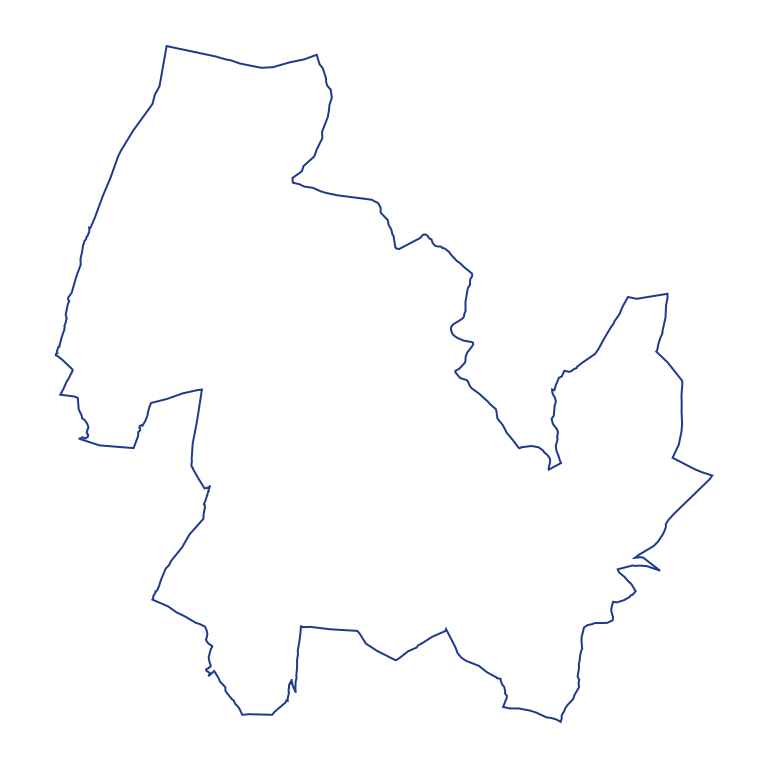 Vennesla nor, Vest-Agder, Norway
{"feature_id": "86288312B87147956600326", "entity_name": "Vennesla nor", "entity_type": "district", "adm_level": 2, "iso_a3": "NOR", "parent_name": "Norway", "parent_adm1": "Vest-Agder", "projection": "orthographic", "projection_center": [7.811, 58.34], "detail": "fine", "context": "isolated", "style": "outline", "palette": "blue", "viewbox_px": 768, "rotation_deg": 0, "n_neighbors": 0, "source": "geoboundaries", "source_scale": "gbopen_adm2", "svg_char_len": 6039}
<svg xmlns="http://www.w3.org/2000/svg" viewBox="0 0 768 768"><path d="M658.1,541.5L662.9,534.3L664.4,531.1L665.9,526.9L665.8,524.2L668.1,520.3L674.1,513.7L709.6,479.3L712.2,475.5L701.9,472.2L694.9,469.3L672.6,457.8L678.8,444.6L681.5,431.5L682.1,423.3L681.6,412.8L681.7,401.2L681.5,397.8L681.7,391.6L682.4,383.9L682.2,380.8L667.6,362.4L656.2,351.5L657.4,349.5L658.3,344.2L660.3,338.0L662.2,334.0L662.7,330.1L665.5,317.5L666.1,304.9L667.6,297.6L667.4,293.8L636.7,298.8L627.9,297.0L622.4,307.1L619.3,314.5L614.5,321.2L613.2,324.3L611.5,326.3L604.3,338.3L598.4,349.2L595.0,354.0L582.3,362.7L577.1,366.7L576.6,368.1L574.0,369.0L571.6,371.0L569.0,371.9L564.4,370.7L561.8,376.4L558.9,377.8L555.9,385.0L554.3,390.2L552.0,389.5L552.6,393.6L554.9,397.6L555.9,401.5L554.7,405.2L553.8,415.7L551.6,418.8L552.9,423.9L556.7,428.9L558.0,431.8L557.6,435.1L556.9,436.9L557.6,438.5L557.0,441.8L555.9,444.8L555.9,447.5L556.7,451.6L558.0,454.3L559.8,460.3L561.1,463.0L548.8,469.6L548.6,468.5L549.8,463.5L550.2,460.7L549.8,458.3L547.2,454.8L544.1,452.2L543.2,450.6L538.6,447.3L531.6,446.0L521.6,447.2L519.6,448.3L518.5,447.6L513.6,441.0L506.9,433.0L502.8,425.2L497.4,418.4L496.4,411.0L495.8,409.1L490.0,404.1L487.9,401.6L479.4,393.9L471.7,388.3L469.8,386.0L468.0,381.7L466.9,380.2L460.1,378.0L455.3,372.2L455.5,370.7L459.1,368.9L464.8,362.8L465.4,361.3L465.7,356.6L467.1,352.7L472.4,345.9L473.2,344.2L473.0,342.8L471.7,342.0L463.8,340.7L457.4,337.9L454.2,335.8L452.8,334.3L451.7,332.1L450.9,329.4L451.2,326.9L453.4,324.2L461.6,319.2L463.2,317.8L464.0,316.3L464.3,313.8L465.5,311.3L465.5,301.5L467.7,289.0L467.9,288.0L470.1,284.6L470.0,281.7L470.4,279.0L472.2,276.1L472.1,273.9L471.4,273.0L464.4,267.4L459.8,262.9L457.1,261.2L450.5,254.1L449.0,251.8L446.6,249.9L444.4,248.3L442.3,248.1L441.8,247.1L440.8,246.6L436.5,246.3L434.9,245.6L432.7,243.0L431.4,239.3L429.5,238.6L427.5,235.7L425.1,234.4L423.0,234.7L420.2,238.0L399.0,249.1L396.2,248.4L395.3,247.1L393.5,235.9L392.4,234.4L391.3,229.5L388.6,224.9L387.8,220.1L380.6,212.6L380.7,208.0L378.3,203.2L371.5,199.7L337.4,195.3L326.3,193.0L320.7,191.3L312.9,187.8L304.3,186.6L299.3,184.2L292.9,182.7L292.5,177.9L301.9,171.3L303.5,166.1L314.2,156.5L316.8,149.4L322.4,138.0L322.0,132.0L327.8,117.0L329.0,110.2L329.4,105.2L331.8,97.9L330.8,89.8L327.2,85.6L326.2,82.3L326.0,78.4L322.9,68.5L319.6,64.3L316.7,54.8L304.4,59.3L289.2,62.5L272.8,67.2L261.2,67.8L239.8,63.5L230.8,60.3L225.6,59.4L215.8,56.5L166.6,46.1L159.5,86.3L154.9,94.6L152.4,104.1L133.3,130.4L121.0,150.5L118.0,156.7L110.3,178.3L103.0,195.5L94.6,218.3L90.4,227.9L89.1,227.6L89.4,230.1L89.0,232.6L88.7,232.8L87.5,236.0L86.7,236.6L86.0,239.4L84.6,240.8L83.0,245.8L82.0,252.3L80.5,259.0L80.7,264.7L76.4,276.3L71.6,293.0L68.3,297.3L68.1,299.7L69.3,301.1L67.9,303.9L65.9,313.6L65.8,315.5L66.7,317.9L65.9,321.9L64.4,326.0L64.7,326.8L64.3,329.7L61.9,336.5L59.4,346.0L59.6,346.5L58.3,347.2L56.9,351.5L57.4,353.1L56.1,353.7L55.8,355.3L57.5,356.0L62.2,359.7L72.6,369.6L72.5,371.1L71.8,371.9L71.6,373.0L70.9,373.8L69.3,377.3L66.4,382.2L63.2,389.4L60.3,394.7L74.2,396.5L77.8,397.9L78.7,409.3L81.6,415.4L82.1,418.2L85.0,420.4L87.3,423.9L88.4,427.2L88.3,428.4L87.4,429.2L87.4,430.4L86.8,431.8L86.9,433.0L87.3,433.2L87.6,434.6L88.2,435.0L87.9,436.7L85.4,438.4L82.3,437.2L81.4,438.2L79.6,438.4L79.6,438.9L99.6,445.4L133.6,448.1L138.2,435.8L138.2,432.2L140.2,430.3L140.0,428.5L139.5,428.2L139.3,427.4L139.9,426.8L139.9,425.9L142.0,425.1L142.5,425.6L145.2,421.1L147.5,415.6L147.7,413.3L149.0,408.3L151.0,403.0L166.8,399.0L182.9,393.3L198.0,390.0L201.9,389.6L197.0,421.3L192.7,443.5L191.7,458.6L191.9,461.8L191.4,464.3L191.6,466.5L192.9,468.0L192.7,468.4L198.0,477.8L204.5,488.4L209.1,487.3L210.0,485.4L209.5,487.8L208.5,488.9L208.8,489.7L208.5,490.3L208.7,491.2L208.4,491.3L205.3,501.1L203.9,504.2L204.8,505.1L204.6,505.5L205.0,507.0L203.6,514.4L203.4,518.8L189.5,534.4L182.2,547.2L171.6,560.3L169.5,563.9L169.4,564.8L165.7,568.6L161.0,579.8L159.2,585.6L157.2,590.3L155.4,591.5L155.5,592.5L153.3,596.1L153.2,598.2L152.4,599.6L168.1,606.4L176.6,612.4L184.9,616.4L196.3,623.1L198.4,623.5L204.9,626.5L206.6,630.3L207.4,634.0L206.5,638.5L205.9,639.6L207.0,641.8L208.5,643.5L212.3,646.2L211.6,648.0L210.9,648.7L208.7,656.9L208.9,659.1L209.6,662.5L210.6,664.9L210.6,666.5L209.7,666.8L208.6,668.3L206.5,668.9L206.1,670.5L210.0,673.1L208.8,675.6L209.1,675.7L214.2,671.0L218.7,678.3L220.0,681.6L225.2,687.0L225.5,690.9L225.8,691.5L232.1,699.5L233.3,700.0L234.3,701.5L235.0,703.6L239.0,707.9L242.3,714.8L249.1,714.2L272.1,714.8L274.9,711.5L285.3,702.7L286.4,700.5L287.7,700.9L287.6,699.2L288.9,692.7L288.5,690.0L289.0,687.7L289.0,685.2L289.8,683.7L290.6,683.6L290.4,682.6L290.9,682.5L290.9,681.8L291.9,679.3L291.7,681.0L292.8,685.8L295.8,692.6L295.4,689.2L295.6,681.8L296.6,677.7L296.3,676.0L297.0,668.1L297.1,659.6L298.1,653.5L297.8,652.7L297.8,650.2L299.1,643.4L300.4,633.7L300.9,626.4L301.9,626.5L302.2,627.1L310.9,626.9L329.3,629.2L357.4,630.9L359.5,633.4L365.9,643.6L377.1,650.9L395.1,660.0L396.3,660.0L399.4,658.1L408.2,651.2L416.7,647.5L417.8,645.8L419.2,644.6L420.7,644.1L432.2,636.8L445.6,630.9L446.1,629.2L455.5,647.5L457.7,653.4L461.4,657.7L466.0,660.8L479.0,665.9L487.2,672.4L496.8,677.6L496.8,678.1L500.6,678.9L500.7,680.5L502.2,684.5L504.2,687.0L505.2,691.1L504.9,693.1L506.9,695.9L506.7,697.9L503.1,706.9L509.2,708.4L519.1,708.5L530.5,710.7L536.2,712.6L546.4,717.3L552.0,718.1L556.9,719.7L560.6,721.9L561.7,718.6L561.7,715.3L564.1,711.2L565.5,707.9L567.4,705.2L573.0,699.2L574.8,694.4L579.0,687.3L578.6,683.1L579.2,679.5L577.6,676.6L579.0,668.0L578.9,663.9L579.6,660.7L580.3,654.7L581.4,650.3L582.2,648.7L581.5,640.9L581.7,636.7L584.1,627.3L587.6,625.1L593.0,623.9L594.4,623.1L607.1,622.9L612.7,620.3L613.0,617.0L611.4,611.6L611.3,608.7L613.1,601.8L616.8,602.4L623.9,600.2L629.5,597.1L630.8,595.4L632.4,594.9L635.7,591.2L631.3,584.0L628.3,581.3L624.4,576.8L619.1,572.5L617.7,569.3L632.9,565.4L634.3,565.9L640.4,565.6L647.1,566.2L660.1,570.7L643.3,557.7L640.6,557.2L634.9,557.8L639.7,554.3L653.7,546.0L658.1,541.5Z" fill="none" stroke="#1e3a8a" stroke-width="2"/></svg>